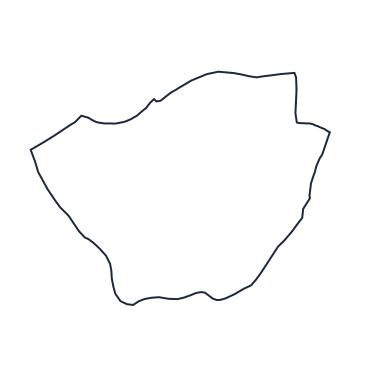 Saniuta, Tuvalu (Robinson projection), rotated 347°
{"feature_id": "33948139B55314492398689", "entity_name": "Saniuta", "entity_type": "district", "adm_level": 2, "iso_a3": "TUV", "parent_name": "Tuvalu", "parent_adm1": "", "projection": "robinson", "projection_center": [178.686, -7.494], "detail": "fine", "context": "isolated", "style": "outline", "palette": "slate", "viewbox_px": 384, "rotation_deg": 347, "n_neighbors": 0, "source": "geoboundaries", "source_scale": "gbopen_adm2", "svg_char_len": 1520}
<svg xmlns="http://www.w3.org/2000/svg" viewBox="0 0 384 384"><g transform="rotate(347 192 192)"><path d="M44.3,114.6L45.9,126.7L46.6,137.9L51.9,156.8L56.8,169.6L60.1,177.3L66.4,187.4L73.1,204.9L77.4,212.3L80.5,214.6L84.6,219.5L88.9,225.8L93.9,234.7L96.0,243.4L95.7,250.6L94.4,258.1L94.1,266.1L94.4,273.9L97.8,282.3L103.6,286.8L109.3,288.8L115.5,286.5L121.3,285.6L128.6,285.9L136.3,287.1L140.5,288.9L145.8,291.0L153.9,293.1L160.0,293.1L167.9,292.2L173.2,291.3L178.7,291.6L182.1,293.1L185.0,296.6L188.2,300.5L191.9,302.9L195.8,303.5L200.8,303.2L210.6,301.1L221.1,297.8L228.5,296.3L234.5,291.9L239.8,287.4L248.0,279.6L263.5,264.6L271.2,259.9L280.1,253.3L282.5,251.3L286.4,247.9L293.6,241.9L296.5,233.5L305.5,224.6L305.7,221.8L307.6,216.6L310.0,210.1L312.4,206.2L314.4,202.9L316.3,200.1L318.8,195.0L321.7,191.1L324.1,187.8L327.3,184.8L339.7,164.8L337.3,162.7L335.3,160.5L332.4,158.5L329.3,156.1L327.5,155.1L325.4,153.4L322.4,151.8L318.3,150.7L314.8,149.7L311.9,149.0L309.8,147.8L310.5,138.5L312.8,130.4L316.8,116.1L319.2,103.8L318.6,99.0L305.4,97.1L295.9,96.2L287.6,95.3L280.6,94.8L273.1,91.8L266.8,88.7L259.4,85.5L244.7,80.7L232.8,80.5L216.1,83.3L202.7,87.6L199.3,88.8L194.0,90.3L188.4,92.9L181.9,96.0L177.6,95.7L175.9,92.9L171.7,95.4L168.9,97.5L166.6,99.6L160.8,102.4L155.9,105.1L148.5,107.4L142.2,108.4L137.3,108.3L132.6,108.1L128.8,107.1L122.3,105.6L117.7,103.8L114.4,102.3L110.9,99.4L107.6,96.2L101.3,92.8L93.6,97.7L89.0,99.1L70.8,106.0L59.1,110.0L44.3,114.6Z" fill="none" stroke="#1e293b" stroke-width="2"/></g></svg>